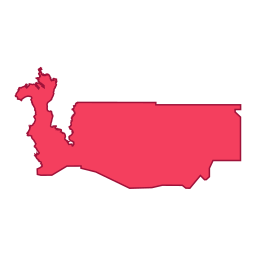 72, Ar Rayyān, Qatar (Mercator projection)
{"feature_id": "91078587B78903366981324", "entity_name": "72", "entity_type": "district", "adm_level": 2, "iso_a3": "QAT", "parent_name": "Qatar", "parent_adm1": "Ar Rayyān", "projection": "mercator", "projection_center": [50.849, 25.539], "detail": "fine", "context": "isolated", "style": "filled", "palette": "rose", "viewbox_px": 256, "rotation_deg": 0, "n_neighbors": 0, "source": "geoboundaries", "source_scale": "gbopen_adm2", "svg_char_len": 5416}
<svg xmlns="http://www.w3.org/2000/svg" viewBox="0 0 256 256"><path d="M240.6,104.8L155.8,104.8L155.8,102.5L77.7,102.4L77.7,102.8L77.2,103.0L77.2,102.8L76.4,102.9L76.2,103.4L75.6,103.9L75.4,105.8L74.3,106.0L74.3,105.8L73.7,105.9L73.9,106.6L74.2,106.6L73.8,108.3L72.2,109.2L72.3,109.6L73.3,109.7L73.4,110.3L73.7,110.3L73.9,111.2L74.4,112.2L74.8,112.3L74.7,113.1L74.9,113.7L74.1,114.1L73.7,114.6L73.8,115.2L73.0,115.3L73.1,116.0L72.5,116.2L72.5,116.5L72.1,116.5L72.1,117.6L71.5,117.9L71.6,118.6L71.9,118.6L72.1,120.0L71.9,121.0L71.2,121.0L71.3,121.8L70.9,122.8L71.3,124.9L71.0,125.6L70.6,125.6L70.3,126.3L69.2,126.9L69.6,127.9L70.0,128.2L70.0,128.8L70.6,128.8L70.8,129.3L71.4,129.4L72.4,130.5L72.8,131.2L73.0,132.3L72.7,132.3L72.7,132.6L72.3,132.4L72.5,133.0L72.0,134.3L71.4,135.0L69.5,136.2L69.4,137.1L69.0,137.1L69.3,139.2L70.6,140.7L72.5,141.3L73.8,142.2L73.7,142.5L73.4,142.5L73.8,143.3L73.8,144.3L72.7,145.9L72.2,145.8L71.9,144.1L68.7,144.4L68.3,143.4L67.5,142.2L68.1,142.2L68.7,141.7L68.1,141.6L67.3,141.1L67.3,140.9L66.5,140.7L66.0,140.3L65.7,139.8L65.0,139.5L64.8,138.0L65.4,136.8L65.1,134.9L64.4,133.4L63.3,133.3L62.9,132.6L62.6,132.6L62.5,133.0L62.1,132.7L62.1,132.4L61.2,132.0L61.1,131.6L60.8,131.6L61.3,130.7L61.1,129.7L59.5,129.2L58.7,129.4L58.7,129.7L58.3,129.4L58.1,128.9L57.6,128.9L57.3,129.6L57.0,129.4L56.9,128.9L56.5,129.2L56.5,128.8L55.7,128.5L55.6,127.7L55.1,127.7L55.4,126.6L56.1,126.4L56.1,126.0L53.1,126.1L52.8,127.1L52.5,127.1L51.2,126.9L50.6,126.1L50.9,123.1L51.5,121.4L52.0,118.9L52.8,116.2L52.4,115.8L52.7,115.2L51.9,114.4L52.0,113.8L51.6,113.4L51.7,112.1L51.3,111.4L50.7,111.1L50.4,111.5L49.1,111.4L47.8,110.7L47.3,110.0L47.1,108.0L47.3,106.5L47.0,104.4L47.7,102.5L51.0,100.0L51.4,99.1L51.7,99.0L51.7,98.5L53.0,95.9L53.8,93.4L53.4,92.8L53.5,91.8L53.9,91.1L54.0,89.7L54.1,89.1L55.3,87.5L55.1,86.9L55.9,86.0L56.4,84.6L55.9,83.9L55.8,82.9L56.3,82.5L56.5,81.9L56.1,82.1L55.8,81.8L55.9,81.2L56.4,79.9L56.4,79.2L54.4,78.8L53.5,78.8L53.5,78.6L53.2,78.7L53.1,79.5L53.6,80.3L52.7,80.3L51.7,80.6L51.7,80.3L51.3,80.2L51.4,79.9L51.0,79.8L50.9,79.0L50.4,78.8L50.3,78.2L50.6,77.8L50.3,77.2L49.5,76.3L49.5,75.5L48.3,74.4L47.8,74.3L47.7,74.8L47.0,74.8L47.0,74.1L46.7,74.1L46.2,74.3L45.9,75.0L45.6,75.0L45.6,75.4L44.8,75.5L43.7,75.4L44.0,74.9L43.6,75.0L43.3,74.1L42.6,74.3L42.6,74.6L42.2,74.5L42.2,74.8L42.0,74.7L41.6,74.3L41.8,73.9L41.6,72.9L40.4,70.8L40.6,69.9L40.8,69.7L40.8,69.1L41.3,69.2L41.3,69.5L41.6,69.3L41.4,69.1L40.7,68.9L40.8,68.4L41.1,68.1L40.5,67.8L40.2,68.4L39.1,68.8L39.2,69.7L39.0,70.1L38.7,70.0L38.9,70.7L39.5,71.1L40.1,72.4L38.7,73.4L38.8,74.1L39.3,74.5L39.4,75.0L40.2,75.4L40.3,76.4L39.8,76.3L39.9,76.7L39.3,77.6L39.0,77.6L38.4,78.0L37.5,77.8L36.3,78.2L36.6,78.5L37.2,78.6L37.5,79.1L38.2,79.1L38.3,79.7L38.6,79.7L38.1,80.8L38.5,81.4L38.9,81.4L39.9,82.7L40.9,83.2L40.9,83.5L41.3,83.5L43.3,85.0L43.2,85.2L43.9,85.8L43.3,86.2L43.9,86.2L44.1,87.6L43.6,87.3L43.6,87.0L43.2,87.1L42.7,86.7L42.4,85.9L42.1,85.9L42.2,85.5L41.4,84.7L41.2,84.7L41.0,84.3L40.8,84.3L40.8,84.0L40.3,84.1L39.5,83.3L38.7,83.0L37.5,83.4L37.0,83.3L36.8,82.9L36.6,83.1L36.6,82.8L35.7,83.2L36.2,84.4L36.4,84.5L36.8,85.5L37.4,85.7L38.2,86.9L39.1,87.7L38.6,88.8L37.9,88.1L37.8,87.5L37.4,87.5L36.9,86.6L36.4,86.5L35.9,86.1L35.3,84.7L33.7,84.2L32.9,84.6L29.3,83.9L29.1,84.6L29.3,85.0L29.2,85.4L28.9,85.5L28.4,86.4L27.7,86.7L27.3,87.5L26.6,87.9L26.2,87.3L25.6,86.9L25.8,86.3L26.3,86.4L26.9,85.7L26.7,85.2L26.2,85.1L27.0,85.0L27.1,84.8L26.7,84.3L26.1,84.3L25.9,84.5L26.2,85.0L25.7,85.3L25.9,86.0L25.6,86.6L25.2,86.2L25.3,85.8L25.7,85.9L25.4,85.7L25.2,85.7L24.5,86.3L22.1,87.2L21.1,87.9L20.0,87.8L19.9,87.6L19.0,88.0L18.8,88.4L19.1,89.1L18.8,89.3L18.7,90.0L18.3,90.1L18.6,90.4L18.6,90.6L16.3,93.6L16.1,94.1L16.2,94.6L15.4,95.9L15.8,96.5L16.8,96.6L17.6,97.6L17.6,99.0L20.2,99.5L21.8,101.0L21.4,100.2L21.7,99.4L23.8,97.8L25.7,96.7L28.0,96.1L30.4,96.5L31.4,97.0L31.7,97.5L31.7,98.4L30.9,99.7L31.9,101.4L31.7,102.2L32.3,102.7L32.2,103.6L32.7,104.1L32.6,104.7L33.4,105.3L33.8,106.5L34.1,106.8L35.0,108.7L34.8,109.8L34.9,110.3L35.4,110.5L35.7,112.7L35.5,113.5L35.9,114.5L34.0,116.4L33.9,116.9L34.5,117.2L34.7,118.2L35.2,118.5L35.4,120.1L34.0,123.3L33.3,123.8L32.8,124.9L31.7,125.6L30.7,125.9L30.4,125.7L30.4,126.0L29.8,126.1L30.0,126.9L29.7,127.0L29.6,126.9L29.7,127.4L30.0,127.4L30.1,127.8L29.6,128.9L29.6,129.7L29.0,130.2L28.6,131.4L28.0,132.1L28.2,132.5L27.9,133.2L27.4,133.5L27.2,133.2L27.0,133.6L27.9,134.4L27.9,135.2L27.6,135.4L28.0,135.7L30.0,135.5L31.6,136.1L31.6,137.1L32.1,138.4L34.2,140.6L34.1,140.9L35.2,142.5L35.3,143.1L35.9,143.7L35.2,145.3L34.4,146.1L34.5,146.8L35.8,147.6L36.1,148.4L36.8,149.1L36.8,149.8L37.4,150.2L38.3,151.7L39.2,152.8L39.0,153.5L38.1,154.2L37.6,153.8L37.5,154.0L37.0,154.1L36.9,153.8L36.8,154.3L36.5,154.2L36.3,154.9L36.5,155.2L36.3,155.3L35.1,154.5L35.4,155.7L35.3,155.9L35.1,155.9L35.7,156.7L36.4,157.0L36.3,157.6L36.5,158.0L37.2,158.9L37.4,159.0L37.2,158.7L38.2,159.6L38.2,160.1L39.0,160.4L39.1,161.4L40.4,161.7L41.2,162.3L41.2,163.0L40.8,163.7L41.8,164.3L42.1,165.2L41.5,166.3L41.5,166.5L42.3,165.8L41.7,167.0L41.8,166.5L40.1,167.7L37.2,169.0L37.4,174.4L40.9,175.2L51.9,175.1L66.9,166.1L81.0,166.0L81.0,168.2L95.8,171.9L129.6,188.2L151.9,187.6L162.3,185.2L182.3,185.3L185.8,188.1L189.9,188.2L200.4,175.5L204.5,179.7L206.3,179.6L209.4,176.7L209.4,168.2L213.0,160.5L240.5,160.5L240.5,117.1L235.1,112.0L235.1,109.5L240.6,109.5L240.6,104.8Z" fill="#f43f5e" stroke="#9f1239" stroke-width="1.5"/></svg>